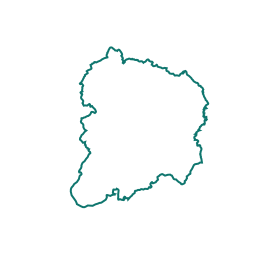 the district of Concepción, Antioquia, Colombia, rotated 57°
{"feature_id": "7082276B2459455127895", "entity_name": "Concepción", "entity_type": "district", "adm_level": 2, "iso_a3": "COL", "parent_name": "Colombia", "parent_adm1": "Antioquia", "projection": "robinson", "projection_center": [-75.212, 6.369], "detail": "fine", "context": "isolated", "style": "outline", "palette": "teal", "viewbox_px": 256, "rotation_deg": 57, "n_neighbors": 0, "source": "geoboundaries", "source_scale": "gbopen_adm2", "svg_char_len": 5742}
<svg xmlns="http://www.w3.org/2000/svg" viewBox="0 0 256 256"><g transform="rotate(57 128 128)"><path d="M110.4,173.7L111.6,174.6L113.0,174.1L115.9,173.8L116.4,171.6L117.2,172.5L118.1,172.7L118.5,173.1L118.7,172.8L119.5,172.8L120.0,173.3L121.0,173.6L122.4,173.1L122.8,172.8L123.3,173.1L123.6,172.6L124.3,172.5L124.6,172.2L125.4,173.4L126.5,173.3L127.4,172.9L128.5,173.2L128.7,173.5L128.6,174.5L129.2,175.9L130.5,177.8L131.0,179.8L132.2,182.5L132.4,184.9L133.0,186.0L134.1,187.5L135.0,188.0L136.0,189.1L137.2,192.1L138.1,193.0L138.8,193.0L139.0,192.2L139.9,191.7L141.3,192.0L141.7,192.9L141.7,194.0L142.0,194.8L144.1,197.0L145.5,200.3L145.7,203.7L146.6,205.5L147.2,207.8L148.2,209.2L150.1,210.6L153.7,211.9L160.7,211.6L162.7,211.9L164.0,212.3L168.2,210.0L169.8,208.9L170.6,207.8L170.9,206.6L171.1,203.9L174.0,200.0L174.3,196.9L175.0,194.5L175.3,192.7L175.9,191.6L176.1,190.8L176.0,185.7L175.2,184.3L174.5,183.4L173.1,182.8L172.7,182.4L173.0,181.8L175.4,179.7L175.4,178.5L175.8,176.9L176.5,175.6L176.2,175.5L176.2,175.0L175.1,175.9L174.1,176.0L171.9,174.1L171.7,173.7L172.0,173.2L172.6,172.6L173.2,171.1L173.2,170.9L172.9,170.5L174.4,169.7L175.3,169.9L178.3,172.4L180.2,173.5L181.7,174.7L182.7,175.1L183.1,174.8L183.3,173.5L184.9,172.3L186.1,170.9L186.0,170.3L185.7,170.0L184.5,170.0L183.8,168.6L183.8,168.3L184.4,167.9L185.7,168.1L186.8,166.3L188.0,166.8L187.0,163.3L186.8,161.2L186.2,160.4L186.2,157.9L184.7,156.5L184.6,156.2L185.2,155.1L185.4,153.3L186.4,151.9L186.4,150.3L187.0,149.5L188.0,148.6L188.2,146.9L189.8,144.8L189.8,143.7L189.1,142.6L189.2,142.3L190.3,141.6L190.3,141.0L190.1,140.3L189.8,140.1L187.9,140.1L187.1,139.7L186.5,138.4L186.4,137.6L186.6,137.3L187.7,137.4L188.0,137.1L188.6,134.3L188.0,132.7L187.7,131.0L185.6,130.3L185.1,129.9L185.1,127.8L184.8,126.6L185.1,124.9L185.5,124.2L188.1,122.9L188.9,120.1L190.1,118.0L191.2,117.6L191.8,117.1L195.6,117.4L196.3,117.0L197.5,115.6L198.6,115.5L200.8,114.9L202.8,113.9L204.1,113.9L204.7,113.3L205.1,111.5L204.9,110.2L203.4,109.3L203.3,107.8L202.8,107.1L202.4,106.0L200.6,105.1L200.5,102.9L200.1,101.9L200.4,100.8L200.0,100.3L198.8,99.7L198.2,98.9L197.1,96.4L195.0,93.0L194.9,91.5L196.2,88.4L196.2,86.4L197.3,84.8L193.7,83.2L192.2,82.9L191.5,82.3L190.7,82.3L190.0,81.7L189.1,81.7L188.5,80.8L187.5,80.1L186.1,78.2L185.0,77.5L183.8,77.6L182.5,77.4L182.0,77.0L181.6,77.1L181.2,77.5L181.0,79.0L180.5,79.4L179.8,79.2L179.3,78.6L178.2,78.4L178.0,78.0L177.7,76.6L177.1,76.2L176.0,76.5L174.8,77.7L174.4,78.5L173.7,77.8L172.8,77.9L172.2,77.7L171.5,76.9L171.6,75.7L171.4,75.3L170.9,75.2L171.0,74.4L170.5,74.2L169.9,74.7L170.0,73.6L169.8,73.5L169.3,73.7L168.9,73.0L168.7,70.1L169.0,69.2L167.9,69.8L167.6,68.8L166.8,67.5L166.3,67.1L166.3,66.2L165.7,64.6L165.9,63.0L166.5,62.5L166.6,62.2L165.9,61.9L166.1,61.2L163.6,59.8L163.6,58.8L164.1,58.2L163.8,57.5L163.0,58.0L163.0,57.2L161.4,56.3L161.1,57.2L160.6,57.6L160.7,58.2L160.0,58.1L159.3,58.5L159.0,58.3L158.9,57.4L158.7,57.0L157.8,57.1L157.3,56.9L157.1,55.9L156.3,56.3L155.9,56.3L155.5,56.0L155.0,54.6L153.8,54.7L153.5,54.1L154.2,51.5L153.2,51.7L152.4,51.4L152.2,51.9L151.4,50.0L151.6,48.0L151.3,47.5L150.9,47.3L148.0,47.2L146.7,47.6L145.7,47.2L143.2,47.1L140.9,46.5L140.1,46.6L139.5,45.7L138.9,45.3L138.7,45.3L138.5,45.9L138.1,45.9L137.5,45.2L137.4,44.7L137.0,44.4L136.8,43.9L134.8,43.7L133.2,44.4L132.3,44.2L131.9,44.5L131.5,45.3L131.0,45.6L130.4,45.6L129.4,45.0L128.0,45.2L127.2,46.2L124.5,47.5L123.4,47.4L121.7,47.8L120.7,47.7L117.7,48.4L115.5,49.4L114.2,49.1L113.0,48.5L111.5,48.7L111.3,48.9L111.2,49.9L110.8,50.8L111.1,52.0L112.0,51.2L112.3,52.2L111.5,53.1L111.3,54.0L111.3,54.7L112.0,56.0L112.0,56.8L111.0,57.7L110.1,58.9L109.6,60.1L107.0,60.6L106.5,61.7L105.1,63.2L104.7,63.4L102.8,63.3L101.2,64.5L100.9,64.5L99.9,64.1L98.9,63.0L97.5,64.6L97.0,66.2L96.5,66.8L95.3,67.4L93.7,68.9L92.7,69.7L90.9,69.4L90.6,69.5L90.7,71.7L90.0,73.0L89.3,73.3L88.4,73.2L87.8,73.6L87.5,73.3L86.6,71.6L85.8,71.6L85.4,71.8L84.7,72.8L83.3,73.7L82.3,73.5L81.6,73.7L81.2,74.4L81.2,75.1L81.8,77.0L81.8,77.8L81.5,78.6L81.7,79.5L79.8,79.9L79.1,80.7L78.7,81.9L77.9,82.6L77.3,82.9L76.5,82.7L75.6,83.5L75.6,84.0L74.4,85.3L73.5,85.6L73.3,86.4L72.8,86.8L72.3,86.8L72.2,87.0L72.4,87.4L71.9,88.2L70.8,88.8L70.3,89.6L70.1,90.8L69.7,91.9L69.8,93.1L70.0,94.1L71.0,94.8L71.3,96.6L70.5,96.9L68.9,95.1L68.0,95.5L67.3,95.5L66.7,94.3L65.6,94.1L65.3,94.3L63.8,94.3L63.5,93.1L62.7,92.7L61.1,92.5L58.9,92.6L57.8,92.7L57.2,93.2L57.2,94.3L57.5,95.0L56.9,95.3L56.0,96.5L54.6,96.7L53.8,97.1L52.2,97.5L51.5,97.9L50.9,99.0L51.1,99.9L52.2,102.0L53.2,103.2L53.5,104.3L54.2,104.6L54.7,105.7L55.9,106.7L57.3,106.6L57.6,106.8L56.6,109.7L56.3,112.6L56.5,114.2L55.9,117.4L55.8,118.7L55.6,119.1L54.7,119.7L54.4,120.4L54.9,121.2L54.9,121.7L54.5,123.0L54.9,123.5L54.7,125.1L57.9,126.0L58.3,126.4L58.4,127.4L57.8,130.2L57.9,131.7L59.4,131.7L60.1,132.0L60.1,135.3L61.0,135.8L61.3,137.3L62.0,137.9L62.3,138.7L63.5,140.5L63.7,141.4L64.3,142.2L64.4,143.8L64.6,144.2L65.0,144.2L65.3,144.0L65.8,142.6L67.9,142.4L68.4,143.0L68.8,144.1L69.7,144.5L71.5,146.1L72.6,146.3L72.6,147.0L72.2,148.1L72.4,148.5L73.6,148.6L74.4,148.0L74.9,148.1L76.5,150.5L77.3,151.0L78.3,151.1L79.4,150.8L80.8,150.8L81.7,151.4L82.3,152.6L83.1,152.5L83.6,152.8L85.2,152.9L85.6,151.8L87.0,150.0L86.8,147.8L87.0,147.2L87.8,147.1L89.0,147.8L89.7,147.9L89.9,147.4L89.8,146.6L90.0,146.2L91.3,146.2L94.5,145.5L96.7,145.9L97.2,146.4L97.4,147.6L95.4,148.7L94.7,149.8L94.8,150.5L95.5,151.3L96.2,152.9L96.1,153.8L96.3,154.6L95.9,155.5L95.7,156.9L95.7,158.2L95.2,159.3L95.2,160.5L94.5,161.5L94.5,161.8L95.7,162.4L96.8,163.9L97.8,164.3L98.2,164.3L99.6,163.7L100.9,163.7L101.7,164.1L103.0,165.0L104.5,165.2L105.8,165.2L107.4,164.4L107.6,166.4L108.6,169.2L108.7,170.8L109.8,172.4L110.4,173.7Z" fill="none" stroke="#0f766e" stroke-width="2"/></g></svg>